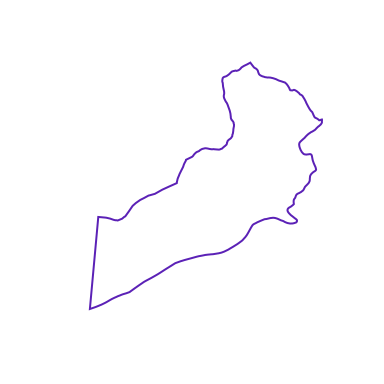 Gelephu, Geylegphug, Bhutan (Mercator projection), rotated 58°
{"feature_id": "84629894B89985438544464", "entity_name": "Gelephu", "entity_type": "district", "adm_level": 2, "iso_a3": "BTN", "parent_name": "Bhutan", "parent_adm1": "Geylegphug", "projection": "mercator", "projection_center": [90.486, 26.911], "detail": "fine", "context": "isolated", "style": "outline", "palette": "violet", "viewbox_px": 384, "rotation_deg": 58, "n_neighbors": 0, "source": "geoboundaries", "source_scale": "gbopen_adm2", "svg_char_len": 5971}
<svg xmlns="http://www.w3.org/2000/svg" viewBox="0 0 384 384"><g transform="rotate(58 192 192)"><path d="M163.5,284.7L237.1,340.6L238.1,336.3L238.5,334.5L239.0,331.7L239.3,329.8L239.5,328.8L239.7,327.0L239.9,325.1L240.0,324.1L240.1,322.2L240.2,318.4L240.3,316.5L240.4,315.6L240.6,313.7L240.9,311.8L241.1,310.0L241.5,308.1L241.8,306.2L242.0,305.3L242.2,304.4L243.0,301.6L243.4,299.8L243.6,298.9L243.8,297.9L243.7,297.0L243.3,291.3L243.0,285.6L242.9,282.8L242.8,280.9L242.8,279.9L242.9,278.0L243.3,272.3L243.5,267.6L243.6,264.8L243.6,261.9L243.5,256.2L243.5,254.3L243.5,246.7L243.5,244.8L243.5,243.9L243.7,242.9L244.3,240.2L244.7,238.3L245.2,236.5L245.7,234.6L246.5,231.9L247.6,228.3L248.4,225.6L249.5,221.9L250.1,220.1L250.8,218.4L251.5,216.6L252.5,213.9L252.9,213.1L253.3,212.2L253.7,211.4L255.0,208.8L255.9,207.1L257.0,204.5L257.7,202.8L258.1,201.9L258.4,201.0L258.7,200.1L259.0,199.2L259.2,198.3L259.4,197.3L259.6,196.4L259.7,195.5L259.8,194.5L259.9,193.6L260.1,191.7L260.1,189.8L260.2,186.0L260.2,183.2L260.2,181.3L260.1,179.4L259.8,175.6L259.6,174.5L258.8,171.8L258.6,170.9L258.2,170.0L257.9,169.1L257.5,168.2L257.1,167.4L256.2,165.7L253.4,160.7L253.0,159.9L252.6,159.1L252.2,158.2L252.0,157.2L252.0,156.3L252.1,155.3L252.2,154.4L252.3,152.5L252.6,150.6L252.7,149.7L253.5,145.0L253.9,144.1L254.3,143.3L254.6,142.4L255.2,140.6L255.5,139.7L255.9,138.8L256.3,138.0L256.7,137.1L257.2,136.3L258.5,134.9L259.2,134.3L259.9,133.7L262.3,132.1L263.1,131.6L264.5,130.4L265.3,129.8L266.2,129.4L267.0,128.9L267.7,128.4L268.5,127.8L269.2,127.2L269.8,126.5L270.5,125.8L271.0,125.1L271.5,124.2L272.0,123.4L272.3,122.5L272.6,121.6L272.8,120.7L273.0,119.8L272.7,118.8L272.1,118.2L271.2,117.9L270.3,118.1L268.5,118.8L265.9,119.7L264.1,120.4L263.2,120.6L262.3,120.8L261.3,121.0L260.4,121.1L259.5,121.1L258.5,120.9L257.7,120.4L257.1,119.7L256.8,118.8L256.7,117.9L256.8,116.0L256.7,115.0L256.6,114.1L256.5,113.1L256.2,112.0L255.3,111.6L254.5,111.2L253.7,110.7L252.9,110.1L252.3,109.4L251.6,107.6L251.0,106.8L250.4,106.1L249.9,105.3L249.5,104.5L249.5,103.5L249.5,102.6L249.7,101.6L249.7,100.7L249.8,99.7L249.7,98.8L249.6,97.8L249.5,96.9L249.1,96.0L248.6,95.2L248.1,94.4L247.6,93.6L247.3,92.7L247.1,91.8L246.9,90.9L246.4,89.0L246.1,88.1L245.6,87.3L245.1,86.5L244.4,85.9L243.6,85.3L242.8,84.8L242.1,84.2L241.3,83.6L240.7,82.9L240.3,82.1L239.9,81.2L239.7,80.2L239.5,79.3L239.4,78.4L239.4,77.4L239.4,76.5L239.2,75.5L238.6,74.8L237.7,74.5L236.8,74.2L235.9,74.0L234.9,73.9L232.1,73.5L231.2,73.3L230.3,73.1L229.4,72.9L228.5,72.6L226.7,71.9L224.9,71.2L224.0,71.0L223.1,71.2L222.4,71.8L222.0,72.7L221.6,73.6L221.2,74.4L220.8,75.3L220.2,76.0L219.6,76.7L218.8,77.2L217.9,77.4L216.9,77.6L216.0,77.7L214.7,77.6L213.8,77.6L212.9,77.4L211.9,77.2L211.0,77.0L210.1,76.7L209.2,76.3L208.4,75.9L207.7,75.3L207.1,74.5L206.8,73.6L206.6,72.7L206.4,71.7L205.9,68.9L205.8,68.0L205.5,67.1L205.0,65.3L204.8,64.3L204.6,63.4L204.5,62.5L204.4,61.5L204.4,60.6L204.3,59.6L204.5,57.7L204.5,56.8L204.5,55.8L204.5,54.9L204.3,53.9L204.0,53.0L203.8,52.1L203.6,51.2L203.4,50.2L203.4,49.3L203.2,48.4L203.0,47.1L202.4,45.7L201.8,44.9L200.9,44.4L200.0,43.7L199.4,43.4L199.1,44.0L199.0,45.2L198.6,46.1L197.7,46.3L195.9,47.1L194.2,48.2L193.3,48.4L191.3,48.2L189.4,47.9L188.0,47.7L185.9,48.2L183.9,48.3L181.2,48.2L177.3,47.9L175.4,47.6L172.9,47.4L171.1,47.4L168.9,47.4L167.6,47.9L166.4,48.7L164.9,48.8L162.2,49.7L160.5,50.5L159.4,51.4L159.0,53.2L157.8,54.7L157.1,54.8L155.9,54.5L154.0,54.4L152.3,54.4L150.3,54.6L148.3,55.2L147.2,56.2L145.7,57.4L144.0,58.9L143.2,59.5L141.6,60.5L140.8,61.0L138.6,62.8L137.9,63.5L137.3,64.1L136.6,64.8L136.0,65.6L135.5,66.3L135.0,67.2L133.8,68.6L133.2,69.3L132.4,69.9L131.1,71.1L129.5,72.1L128.6,72.5L127.7,72.7L126.8,72.6L125.8,72.4L124.9,72.2L124.0,71.9L123.1,71.9L122.1,72.1L121.2,72.4L119.6,73.3L118.6,73.5L117.6,73.6L115.5,73.8L114.5,73.9L113.2,74.0L113.2,74.7L113.1,75.6L113.0,77.5L112.9,78.3L112.7,80.2L112.6,81.2L112.6,82.1L112.6,83.1L112.6,84.0L113.1,85.5L113.4,87.2L113.3,88.5L112.9,90.0L112.0,90.9L111.8,91.8L111.4,92.7L111.2,93.6L111.0,94.5L111.2,95.5L111.4,96.4L111.6,97.3L111.8,98.2L111.9,99.2L112.0,101.1L111.9,102.0L111.4,103.8L111.4,104.8L111.7,105.6L112.4,106.3L113.1,106.9L113.9,107.5L114.7,107.9L115.7,108.1L116.5,108.5L119.1,109.8L119.9,110.1L122.6,111.1L123.5,111.4L124.3,111.8L125.2,112.3L125.9,112.8L126.6,113.5L127.3,114.1L128.2,114.6L129.0,114.9L130.0,115.1L130.9,115.2L131.9,115.3L132.8,115.4L133.7,115.4L134.7,115.3L135.6,115.4L136.6,115.5L137.5,115.7L142.1,116.7L143.0,116.9L143.9,117.2L145.7,117.8L146.6,118.2L147.4,118.6L148.9,119.3L149.7,119.8L151.5,120.2L152.3,120.0L153.0,120.0L154.0,119.8L155.4,120.0L156.0,120.4L157.0,120.6L158.5,121.6L159.2,122.3L160.0,123.0L160.5,123.5L161.2,124.0L161.9,124.5L162.5,125.0L164.0,126.3L164.5,126.9L164.9,127.5L165.5,127.9L166.1,128.4L166.5,129.4L166.9,130.2L167.1,131.2L167.2,133.1L167.4,134.0L167.7,134.9L168.3,135.5L168.7,136.2L169.4,136.7L170.1,137.6L170.3,138.8L170.5,139.6L170.5,140.4L170.7,141.3L170.8,142.2L171.0,143.1L171.1,143.8L170.8,144.7L170.7,145.7L170.4,146.6L169.9,147.3L167.6,150.4L167.0,151.1L166.6,152.0L166.1,152.8L165.5,153.5L164.9,154.2L163.5,155.6L162.9,156.3L162.3,157.0L161.8,157.8L161.5,158.7L161.2,159.6L160.9,160.5L160.8,161.4L160.8,162.3L160.8,163.3L161.0,164.2L160.9,165.2L160.7,166.1L160.6,167.0L160.7,168.0L160.9,168.9L161.1,169.8L161.4,170.7L161.8,171.6L162.1,172.5L162.2,173.4L162.0,175.3L161.5,180.0L162.2,180.7L162.7,181.5L163.1,182.3L163.6,183.1L164.1,183.9L164.7,184.7L165.3,185.4L165.9,186.1L166.9,187.7L168.4,190.2L169.4,191.8L170.4,193.4L171.0,194.1L172.1,195.7L172.6,196.4L173.2,197.2L173.9,197.9L174.5,198.5L175.2,199.2L176.4,200.2L175.3,208.1L174.3,215.8L173.9,224.4L172.3,229.9L172.0,230.7L171.7,235.9L171.3,240.1L171.6,245.5L172.3,249.7L175.1,256.1L177.3,261.5L177.2,262.6L177.6,265.4L176.8,270.1L176.1,270.8L175.6,271.6L175.0,272.3L174.3,273.0L173.6,273.6L171.2,275.5L169.2,277.5L168.5,278.2L167.9,278.9L167.3,279.7L163.5,284.7Z" fill="none" stroke="#5b21b6" stroke-width="2"/></g></svg>